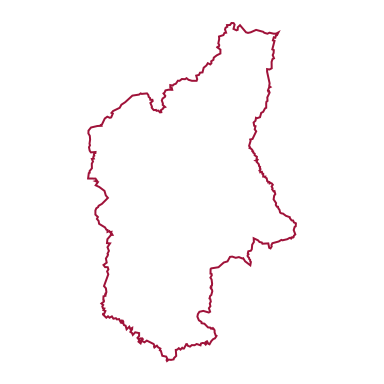 outline of Aguililla, Michoacán, Mexico
{"feature_id": "50627088B97864813450570", "entity_name": "Aguililla", "entity_type": "district", "adm_level": 2, "iso_a3": "MEX", "parent_name": "Mexico", "parent_adm1": "Michoacán", "projection": "albers", "projection_center": [-102.767, 18.779], "detail": "fine", "context": "isolated", "style": "outline", "palette": "rose", "viewbox_px": 384, "rotation_deg": 0, "n_neighbors": 0, "source": "geoboundaries", "source_scale": "gbopen_adm2", "svg_char_len": 5976}
<svg xmlns="http://www.w3.org/2000/svg" viewBox="0 0 384 384"><path d="M295.9,223.3L293.9,222.4L293.1,220.5L291.6,220.4L289.9,218.2L289.8,217.2L285.9,215.8L283.0,213.6L281.2,213.3L280.1,212.5L279.4,209.6L278.4,208.5L278.0,206.8L276.9,206.7L275.8,204.9L276.1,203.1L273.6,199.4L274.2,195.6L275.3,194.1L274.5,191.1L273.6,191.4L272.1,189.2L272.6,188.3L271.6,186.5L272.8,184.8L271.7,183.4L270.6,183.0L269.6,183.4L269.4,182.1L268.3,182.3L268.4,181.7L267.2,181.1L266.7,178.3L265.0,177.2L265.2,176.6L263.2,176.6L263.2,173.9L262.4,173.9L261.9,171.9L260.3,172.2L260.4,171.2L259.5,170.6L260.5,169.1L259.8,168.0L260.1,166.9L259.1,166.1L258.8,164.2L256.7,161.9L257.0,160.9L255.8,160.5L257.5,159.6L256.6,158.7L256.9,156.8L254.6,155.2L254.7,153.7L253.2,152.6L253.2,151.4L252.3,151.2L252.3,150.0L251.4,149.0L249.6,148.0L250.1,147.4L249.1,145.9L250.6,140.8L250.2,139.5L252.5,139.0L256.2,131.3L254.7,129.3L255.5,126.2L254.2,125.8L253.6,122.5L255.5,120.7L256.0,117.8L257.0,118.2L260.0,117.2L261.2,112.9L263.2,111.8L265.0,108.4L266.2,107.8L266.2,103.1L266.5,101.6L267.5,100.9L267.3,97.4L269.6,92.6L269.1,91.2L268.3,91.5L267.9,90.5L269.0,87.7L270.4,87.0L269.2,86.1L269.6,83.3L267.1,71.7L267.1,69.1L269.5,69.5L271.7,68.3L271.6,61.9L272.5,59.1L274.0,58.3L272.7,55.1L273.6,53.0L273.8,50.1L272.3,49.4L274.5,40.9L272.9,40.4L273.8,37.3L275.3,37.7L275.9,35.6L277.0,35.2L278.4,32.4L276.2,33.6L273.7,33.7L269.5,32.7L267.4,33.7L264.3,32.8L263.2,31.8L256.1,29.9L250.7,32.3L248.0,32.9L246.0,32.3L240.0,25.2L237.8,27.3L237.7,29.8L236.5,30.3L233.5,28.9L234.6,24.6L233.6,23.1L231.5,23.0L230.0,25.0L227.0,25.1L227.3,26.8L225.6,27.7L225.0,29.4L226.1,32.7L224.4,33.0L223.4,35.1L219.0,36.5L219.2,39.0L218.3,43.5L219.1,44.5L219.2,45.7L218.6,46.7L217.5,46.8L217.2,47.3L220.4,49.6L220.4,53.5L216.8,55.3L213.8,57.6L213.4,59.8L211.2,61.3L211.4,63.3L210.3,64.4L207.8,63.2L206.4,65.5L203.7,67.7L202.5,72.4L200.0,72.7L199.0,74.9L196.2,75.6L197.2,79.2L196.6,80.8L191.9,80.8L188.5,79.8L186.5,78.2L185.0,79.2L181.9,79.0L179.6,80.8L177.9,80.7L175.9,83.7L173.6,84.6L172.7,85.6L170.3,85.1L170.3,87.6L171.7,87.8L172.2,89.8L168.5,89.7L165.5,90.4L164.5,92.7L163.5,93.4L165.3,95.9L164.9,96.9L162.6,98.5L161.8,100.5L162.9,103.5L162.7,104.9L165.1,107.0L163.4,107.7L163.0,108.7L160.9,110.2L161.3,112.2L160.0,112.4L158.4,110.6L156.5,110.8L156.0,109.9L153.8,110.1L153.0,109.3L151.7,107.6L151.9,106.5L150.4,103.0L152.7,101.0L152.4,99.8L150.3,99.8L150.0,98.0L148.7,96.9L148.3,95.0L147.0,93.4L141.7,93.9L140.7,93.4L139.0,94.6L132.4,95.6L125.2,102.2L121.4,104.7L119.7,107.8L113.1,111.0L111.5,112.9L112.8,113.6L111.2,117.4L109.9,117.8L107.3,116.7L104.8,118.5L101.9,124.6L101.0,124.9L101.4,125.8L97.4,126.0L91.0,127.5L88.5,130.6L88.4,133.5L89.8,135.8L90.1,139.6L89.5,143.8L90.0,145.2L89.0,147.2L89.7,150.7L90.9,152.4L95.5,152.0L95.4,153.0L94.5,153.1L93.9,154.3L94.3,155.7L93.5,156.3L93.3,157.6L93.8,158.6L91.9,159.0L93.0,161.5L91.8,163.6L91.9,168.3L89.6,171.1L89.7,172.7L88.8,173.1L88.1,178.5L95.5,178.6L96.9,180.6L95.4,181.1L97.9,182.1L95.7,185.3L99.3,187.0L104.5,190.9L105.8,195.4L107.9,197.9L101.9,203.9L98.6,205.8L98.1,207.1L96.3,208.3L95.4,210.5L95.4,214.6L97.9,217.0L96.9,218.9L98.6,220.9L99.1,223.8L105.0,227.4L106.4,229.7L107.5,230.0L107.5,231.9L109.4,231.1L110.0,232.2L111.4,231.9L111.0,233.7L111.9,233.8L112.5,234.9L111.0,235.0L107.4,239.2L107.0,243.1L110.0,243.4L107.5,247.2L108.9,250.9L107.5,253.7L108.0,254.6L107.6,255.8L105.9,258.5L106.7,262.6L103.5,265.0L105.1,267.1L107.7,267.2L108.4,269.4L107.1,271.4L108.3,274.3L104.0,286.1L105.9,288.3L106.4,292.0L105.8,294.1L105.4,293.8L105.1,294.5L105.4,295.8L103.5,296.3L103.3,299.9L103.9,300.3L103.9,301.6L101.4,303.5L103.2,305.0L102.3,306.4L102.9,308.2L104.3,308.5L103.4,310.1L105.4,311.0L104.1,313.9L103.1,313.9L103.0,314.5L106.3,317.7L108.0,316.3L109.5,317.7L111.9,316.4L113.4,318.7L115.9,318.2L116.9,319.4L119.1,319.1L120.2,321.3L121.5,320.5L122.8,320.7L123.2,321.6L121.3,322.1L121.1,322.7L123.3,323.3L124.0,325.1L125.6,325.7L126.6,329.3L129.3,326.7L130.3,329.0L132.2,327.9L132.1,329.3L130.4,331.9L132.0,333.0L132.8,334.9L135.2,332.3L139.1,333.1L139.1,336.0L137.5,337.9L138.6,339.2L140.5,338.4L142.3,338.4L142.8,339.1L141.0,340.8L139.0,340.8L138.5,341.7L140.6,343.4L141.3,341.5L142.7,341.3L144.5,342.3L146.8,340.6L153.6,344.0L154.4,345.7L154.0,346.7L154.4,347.5L156.9,345.7L158.2,347.4L160.4,348.6L159.8,350.2L160.9,350.9L162.3,355.8L166.2,356.6L167.1,358.4L166.6,360.2L167.0,361.0L168.7,359.6L171.0,359.9L173.6,359.4L174.0,358.1L176.2,355.9L175.8,349.9L177.3,349.6L178.8,348.2L180.5,349.6L182.2,347.8L183.1,348.6L184.0,348.5L186.3,344.1L187.1,344.2L187.7,345.7L190.0,346.6L191.8,345.1L194.6,345.2L196.7,344.0L200.5,345.3L201.0,343.5L202.4,343.0L204.3,343.1L205.7,344.6L206.5,343.6L205.8,342.0L207.0,341.3L208.4,343.8L209.5,344.3L211.3,341.1L213.2,339.1L214.9,338.4L216.2,336.5L216.5,335.9L215.7,335.5L214.6,332.4L214.6,330.3L213.6,328.8L212.9,328.1L212.2,328.8L211.6,328.3L211.0,328.6L210.2,327.6L208.0,327.4L204.4,323.7L201.6,323.2L201.4,321.9L198.9,320.3L197.4,316.7L197.9,314.1L199.4,311.8L203.3,310.9L208.8,312.5L210.1,311.7L208.9,308.2L210.4,306.2L209.8,303.5L210.8,301.6L210.3,299.1L209.5,298.5L210.2,295.9L211.3,295.0L212.3,291.2L212.0,289.8L210.7,288.2L210.6,287.6L211.3,287.5L211.0,286.2L211.9,285.6L212.1,283.6L211.6,279.5L210.4,277.7L211.8,275.2L211.5,273.8L210.5,273.6L210.6,269.1L211.2,268.4L218.5,267.2L223.8,262.5L227.5,261.4L230.0,256.9L232.2,256.6L235.7,257.8L238.9,257.1L242.4,258.5L243.2,258.2L245.1,261.3L250.3,265.3L250.9,262.0L250.3,261.6L250.1,259.8L249.2,259.0L249.1,257.9L247.7,256.4L247.6,255.3L248.5,254.2L247.8,253.4L248.3,251.3L250.9,250.7L251.8,249.2L252.2,244.7L253.9,242.0L253.7,238.3L258.0,240.3L259.5,242.0L261.8,242.5L262.4,243.7L268.3,243.4L269.2,247.8L270.5,248.4L271.7,246.5L271.4,245.1L272.4,243.2L278.7,241.5L281.4,239.9L282.5,240.3L287.3,239.2L289.6,237.9L290.5,237.8L291.1,238.5L292.1,237.2L292.9,237.6L293.6,237.1L293.9,235.7L295.3,234.4L293.7,230.1L294.6,227.0L295.7,226.3L295.9,223.3Z" fill="none" stroke="#9f1239" stroke-width="2"/></svg>